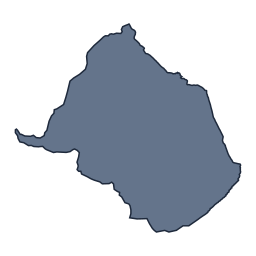 outline of Mayo-Rey, Nord, Cameroon
{"feature_id": "32672807B45774164265008", "entity_name": "Mayo-Rey", "entity_type": "district", "adm_level": 2, "iso_a3": "CMR", "parent_name": "Cameroon", "parent_adm1": "Nord", "projection": "orthographic", "projection_center": [14.714, 8.186], "detail": "fine", "context": "isolated", "style": "filled", "palette": "slate", "viewbox_px": 256, "rotation_deg": 0, "n_neighbors": 0, "source": "geoboundaries", "source_scale": "gbopen_adm2", "svg_char_len": 4477}
<svg xmlns="http://www.w3.org/2000/svg" viewBox="0 0 256 256"><path d="M207.3,212.7L208.0,212.1L208.0,211.8L208.1,211.3L208.5,211.0L209.3,210.6L210.2,209.1L210.2,208.5L210.5,208.3L211.4,208.1L211.9,207.4L212.4,207.2L213.2,206.4L214.5,205.0L215.1,204.4L215.9,203.9L217.2,202.8L217.7,202.6L218.1,202.4L218.8,201.4L220.0,200.9L220.7,199.9L221.7,199.4L222.9,198.1L223.4,197.7L224.1,197.4L225.1,196.3L225.8,195.9L226.0,195.6L225.9,194.8L226.2,194.5L227.0,194.1L227.2,193.8L227.4,192.9L227.7,192.6L228.6,192.4L229.2,190.9L229.0,190.4L229.1,190.2L230.1,189.6L230.6,189.2L230.6,188.6L231.2,188.1L231.7,188.0L231.9,187.8L231.7,187.2L232.3,186.2L232.7,186.0L233.6,185.5L234.1,184.4L234.5,184.3L235.6,183.4L236.1,182.8L236.4,182.3L237.3,181.7L237.9,180.9L238.1,180.8L238.3,180.7L238.5,180.4L238.6,180.0L238.2,179.6L238.1,179.1L238.2,178.6L239.2,177.4L239.7,175.9L239.6,175.2L239.3,174.7L239.3,174.4L239.8,173.7L240.4,172.9L240.6,171.6L240.4,171.2L240.3,169.6L240.4,168.9L240.2,168.1L240.4,167.4L240.0,166.8L240.0,166.4L240.4,165.7L240.6,165.2L240.5,164.8L240.0,164.0L238.9,163.9L235.9,163.2L234.0,162.8L233.0,162.3L232.5,161.6L232.1,160.6L231.4,159.5L231.1,159.3L229.8,156.9L229.3,156.3L228.9,155.5L228.0,153.6L225.4,146.3L225.3,145.5L225.0,145.2L224.7,144.4L223.2,142.9L222.9,141.8L222.5,140.8L222.6,139.5L223.1,137.0L223.1,136.6L222.1,134.5L221.6,133.5L221.0,132.3L219.8,129.8L219.4,129.3L216.9,124.2L216.2,122.8L215.6,121.8L215.0,120.5L214.7,119.6L213.8,118.1L213.3,117.1L212.0,111.1L211.7,110.0L211.2,108.2L210.9,107.2L210.5,105.3L210.3,104.5L210.0,103.7L209.8,103.0L209.4,101.8L208.9,100.2L208.5,98.8L208.5,98.2L208.1,97.1L207.6,96.5L207.4,95.4L207.2,94.6L206.8,93.9L206.6,92.6L206.6,91.4L206.6,90.8L206.5,90.6L204.9,90.3L203.5,88.6L202.0,87.4L201.1,86.9L199.5,86.1L199.4,86.0L198.7,85.6L197.7,85.1L196.9,85.1L195.9,85.3L195.3,85.3L194.5,85.1L193.6,85.1L193.2,85.1L192.4,85.4L191.4,85.3L189.0,84.6L188.4,84.6L187.4,84.7L187.0,84.4L186.9,83.8L187.2,82.0L187.4,81.2L187.3,80.7L186.3,79.8L186.0,79.8L184.5,79.2L184.1,78.6L183.5,78.4L182.6,78.6L181.8,78.6L180.6,77.8L180.9,77.3L181.9,76.7L181.0,76.0L180.6,75.5L180.3,75.4L180.2,75.1L180.2,74.6L179.7,73.4L179.5,73.2L178.8,73.0L178.3,72.8L178.0,72.9L177.9,73.1L177.4,72.5L176.9,73.1L176.3,73.0L176.2,73.0L175.8,73.2L175.3,73.7L174.1,73.6L173.5,73.8L173.0,73.8L171.7,73.0L171.0,73.0L170.2,72.8L168.5,72.7L168.0,72.8L166.9,72.2L165.6,70.3L164.8,69.7L163.8,68.4L162.1,67.3L160.7,66.1L158.9,64.1L158.2,63.3L157.8,62.8L157.7,62.8L157.5,62.6L156.7,61.8L155.8,60.7L155.3,60.4L152.8,57.8L151.6,56.8L150.0,55.3L149.1,54.8L148.1,54.1L147.2,53.8L146.1,53.6L145.7,53.5L145.2,52.9L143.5,50.1L143.5,49.6L144.3,48.7L144.3,48.2L143.7,47.5L142.7,46.8L142.5,46.4L141.7,46.2L140.9,45.6L140.5,45.5L140.1,45.2L139.5,44.0L139.3,43.6L138.8,43.0L137.9,42.2L137.7,41.8L137.3,41.6L136.5,40.7L135.4,39.9L134.5,39.0L134.1,38.1L134.3,36.8L134.4,36.5L134.4,36.2L135.3,34.4L135.3,33.8L135.5,32.7L135.5,32.2L134.9,30.9L134.2,30.2L132.2,29.2L131.4,28.3L130.7,27.3L130.5,26.5L130.2,26.2L129.9,25.4L129.0,24.0L127.8,24.6L125.6,25.4L122.7,26.7L121.4,29.5L122.2,31.6L120.8,33.5L116.5,33.2L113.5,34.2L112.3,34.0L111.4,33.8L109.7,34.2L108.3,35.8L105.3,35.8L103.4,37.0L103.0,37.4L100.6,39.7L100.0,40.3L94.1,45.5L87.6,52.6L86.6,56.4L87.2,63.6L85.4,69.3L79.5,74.4L78.5,75.0L73.5,78.1L73.0,78.6L70.0,81.1L67.5,91.5L65.8,97.6L63.6,104.5L56.8,108.9L54.3,109.7L53.9,113.3L51.5,115.9L49.1,121.2L46.9,130.3L44.8,132.7L44.2,135.6L40.2,138.0L36.2,137.6L33.4,135.3L30.6,136.3L24.8,136.0L21.3,134.3L20.2,134.4L17.5,130.2L16.4,129.1L15.4,129.8L15.4,132.7L17.6,135.8L18.1,138.5L19.9,141.9L23.8,142.7L28.5,145.6L31.3,145.4L33.8,146.5L37.0,146.7L38.8,146.8L39.7,146.6L42.7,146.4L45.1,148.8L46.6,149.7L53.5,152.5L56.9,151.9L58.2,152.0L66.2,152.4L70.1,151.6L72.9,149.6L74.6,149.0L77.3,150.4L79.3,152.6L78.6,157.0L77.0,162.2L78.1,165.3L78.1,166.7L77.1,169.6L78.3,170.9L78.8,171.3L80.8,171.3L81.6,174.0L83.3,174.8L87.3,176.7L91.0,178.8L94.4,180.2L99.9,181.9L102.3,183.8L109.1,183.6L111.7,182.2L113.5,183.9L114.2,189.3L117.3,191.4L119.6,192.4L119.3,195.1L121.3,196.6L121.7,196.9L125.0,202.7L128.8,203.9L130.0,205.7L130.9,209.8L130.9,213.7L130.6,214.7L129.7,217.8L137.0,218.9L141.8,218.8L147.0,218.6L149.5,223.7L150.8,225.8L152.2,228.1L153.4,229.5L154.3,230.4L156.4,232.0L164.7,230.4L168.9,232.0L169.3,231.9L176.5,230.3L177.0,229.9L183.0,225.8L188.8,225.8L189.2,225.5L198.4,219.1L199.7,218.1L202.7,216.0L205.2,214.4L207.3,212.8L207.3,212.7Z" fill="#64748b" stroke="#1e293b" stroke-width="1.5"/></svg>